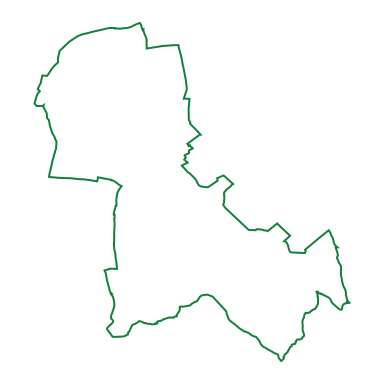 Secuieni, Bacau, Romania
{"feature_id": "2599482B43684925441609", "entity_name": "Secuieni", "entity_type": "district", "adm_level": 2, "iso_a3": "ROU", "parent_name": "Romania", "parent_adm1": "Bacau", "projection": "robinson", "projection_center": [27.105, 46.648], "detail": "fine", "context": "isolated", "style": "outline", "palette": "green", "viewbox_px": 384, "rotation_deg": 0, "n_neighbors": 0, "source": "geoboundaries", "source_scale": "gbopen_adm2", "svg_char_len": 5991}
<svg xmlns="http://www.w3.org/2000/svg" viewBox="0 0 384 384"><path d="M281.2,361.0L283.3,359.2L283.7,358.7L283.9,358.2L283.6,357.3L283.6,356.9L284.3,356.2L284.3,355.1L284.9,354.4L285.7,354.0L286.2,353.3L287.5,352.3L287.6,351.7L289.4,348.8L289.5,348.0L290.5,346.9L291.6,346.3L291.5,345.3L291.8,344.8L292.1,344.5L293.4,344.2L294.1,344.2L295.2,343.8L295.4,343.4L295.4,342.5L296.1,341.6L296.1,340.9L296.8,339.9L297.3,339.6L298.7,339.6L300.8,339.2L302.1,338.4L302.4,337.2L303.6,336.5L304.0,335.9L304.1,335.0L303.7,333.4L302.7,330.6L302.6,329.8L302.6,327.6L302.8,326.4L302.4,322.4L302.6,320.7L303.2,318.8L304.1,317.2L304.1,315.9L304.4,314.9L305.6,312.9L307.2,313.0L309.8,312.4L310.7,311.3L311.8,310.7L312.6,309.9L313.8,309.5L314.7,308.9L315.1,309.0L317.2,305.7L318.0,303.4L318.1,298.9L317.9,296.7L317.5,296.6L317.5,295.3L317.6,295.2L317.5,294.4L316.6,291.7L317.1,291.6L318.1,291.9L318.3,292.5L318.1,292.6L318.3,293.0L318.6,293.0L321.2,294.3L321.8,294.4L321.7,294.0L328.6,297.5L329.5,298.2L330.5,299.5L331.7,302.2L332.4,303.2L338.8,308.8L340.2,309.7L341.1,309.7L341.6,309.5L341.9,309.1L342.7,305.5L343.1,304.8L343.8,304.1L345.2,303.5L347.7,302.9L349.2,303.0L349.5,302.8L348.9,302.3L346.9,301.7L347.0,301.5L347.9,301.3L346.8,298.7L346.3,296.1L345.9,295.3L345.8,294.6L346.0,293.2L345.4,290.1L343.1,285.4L342.8,283.6L342.2,282.3L342.1,280.6L340.9,274.7L341.0,266.2L339.9,264.1L338.8,262.5L337.9,259.7L336.9,258.1L337.2,256.7L337.9,255.4L337.5,253.1L335.7,247.6L337.6,247.4L335.4,245.6L334.4,244.0L333.8,242.3L333.3,239.5L332.7,237.8L331.0,234.9L330.4,232.9L328.7,230.3L320.2,237.1L305.1,249.7L305.7,250.9L304.9,253.0L292.1,252.5L290.8,252.3L290.2,251.9L289.5,250.8L288.5,247.8L287.9,245.2L287.5,244.0L285.9,241.9L284.1,241.2L290.1,235.7L280.5,226.8L277.2,223.5L268.5,230.4L267.7,231.2L265.7,230.4L264.1,230.5L262.9,229.8L258.1,229.2L256.5,229.2L256.2,229.4L255.7,230.2L249.2,230.0L248.5,229.7L247.0,228.3L225.4,208.0L224.5,206.8L223.5,205.3L223.2,204.6L223.9,203.1L224.3,199.0L224.3,195.9L224.0,194.8L224.1,194.1L224.1,192.4L225.4,191.1L225.8,190.2L230.1,186.7L232.1,184.6L233.1,184.0L224.8,176.5L223.6,175.5L223.2,175.6L218.7,177.6L217.2,178.1L217.6,180.7L208.2,187.1L205.8,187.2L201.2,186.5L199.0,185.4L198.0,184.0L195.7,179.4L190.0,173.6L188.9,172.8L187.9,172.3L182.2,166.0L182.1,165.7L181.9,165.6L182.2,165.3L187.7,162.7L187.1,161.9L186.5,162.0L184.8,159.8L184.3,159.6L185.0,158.4L185.7,157.9L185.8,157.6L184.6,155.5L184.9,155.1L185.9,154.5L188.8,153.3L189.1,152.9L188.8,151.2L188.9,150.5L192.7,148.4L191.4,147.0L190.5,146.6L189.9,145.2L189.6,145.1L188.6,145.9L187.9,144.7L187.7,144.0L187.4,143.8L199.4,135.0L199.9,134.8L200.6,134.7L194.5,128.2L190.0,123.7L190.4,122.8L189.4,120.7L188.9,120.2L188.6,109.0L189.5,98.9L185.1,98.6L183.8,98.7L186.6,90.0L186.8,88.8L186.7,87.3L185.7,79.3L183.1,66.0L182.9,65.6L182.5,63.4L181.8,59.1L180.9,55.3L178.9,47.9L178.4,45.1L173.1,45.2L162.7,46.0L146.8,48.5L146.5,41.7L146.8,41.1L146.8,40.5L146.5,40.1L146.5,38.8L146.2,37.9L144.8,34.8L143.7,31.4L143.0,30.6L143.5,29.7L143.5,29.0L142.4,29.2L141.3,26.2L141.2,25.4L140.5,23.8L139.9,23.0L137.4,23.8L134.5,25.1L131.6,26.6L128.1,27.8L126.7,28.1L124.5,28.1L119.9,28.8L118.4,28.5L115.8,28.4L115.0,28.6L115.0,28.1L113.7,27.9L108.6,28.1L91.2,32.1L87.5,33.2L82.6,34.2L77.4,36.3L69.2,41.8L59.7,50.8L57.9,58.6L58.1,62.4L54.6,65.5L52.0,68.6L48.3,74.2L47.1,75.9L42.3,75.5L40.8,82.7L37.7,89.1L38.3,89.7L39.1,90.3L39.8,91.2L39.2,92.1L38.7,92.2L38.3,92.6L37.4,94.4L36.7,95.9L34.5,103.5L36.5,105.9L40.8,106.1L43.1,105.6L43.5,105.3L43.3,105.9L43.4,106.5L44.1,108.7L45.6,111.0L46.8,113.4L46.8,114.7L47.0,115.3L46.9,117.6L47.3,118.4L48.7,119.8L48.9,120.3L49.6,123.8L49.8,125.5L52.2,132.9L54.3,136.5L55.0,138.3L55.1,139.0L55.6,139.6L56.5,141.8L56.1,148.3L55.6,150.1L54.9,151.7L54.9,152.7L54.1,154.6L53.6,157.1L52.2,161.8L51.9,163.1L51.7,164.9L49.5,173.6L49.2,175.8L49.1,177.0L61.4,178.0L70.1,178.2L80.6,179.3L82.1,179.2L89.2,180.0L97.1,181.4L97.7,179.2L97.9,177.3L111.1,179.8L111.2,180.2L111.5,180.4L111.9,180.5L112.2,180.3L112.8,180.4L114.7,181.4L116.2,182.7L116.8,182.8L118.7,184.6L121.6,186.1L119.1,189.5L117.5,192.7L116.9,195.5L116.3,199.8L116.5,204.6L116.3,205.8L115.8,205.7L115.5,206.6L114.4,210.9L114.0,211.9L113.8,214.0L113.8,214.7L114.6,214.7L114.6,217.1L114.6,218.1L114.3,218.2L114.1,219.5L114.4,220.9L114.6,223.7L114.1,234.8L114.3,235.2L114.2,236.4L114.3,236.9L114.1,238.6L114.2,241.1L114.0,242.0L114.0,246.3L114.3,249.2L115.1,252.5L115.4,254.4L115.7,259.0L116.2,260.9L116.4,262.4L117.0,268.9L110.3,268.7L104.5,270.4L105.8,273.2L106.8,279.3L110.0,291.7L111.9,293.8L111.0,294.2L111.8,295.1L112.9,296.7L113.7,299.4L114.3,303.1L114.3,304.8L114.2,306.6L113.8,308.1L113.1,309.8L112.1,313.3L111.2,315.1L111.1,318.6L112.6,319.9L112.9,320.5L113.1,321.3L112.9,322.1L112.4,322.9L107.3,327.8L107.0,329.3L109.6,332.8L110.7,333.9L111.6,335.5L112.6,336.8L113.2,336.7L114.4,336.9L115.3,336.9L123.1,336.5L124.8,336.1L125.4,335.8L126.6,334.8L127.8,334.7L128.0,334.5L128.1,332.6L128.3,332.2L128.7,332.1L129.4,331.1L132.1,325.3L132.5,324.9L137.0,322.9L138.0,322.2L138.6,321.5L139.1,321.2L140.1,321.2L141.1,321.5L142.8,322.2L144.2,323.2L145.2,323.0L147.8,323.8L149.5,323.8L151.9,324.3L155.1,324.2L155.5,324.1L155.6,323.2L157.1,323.5L157.3,323.4L157.4,323.1L157.2,322.1L157.2,321.7L157.9,321.3L158.8,321.1L160.7,321.0L162.6,319.8L164.2,319.1L168.8,317.6L171.3,317.5L173.5,317.8L174.0,317.0L174.7,316.6L176.8,316.3L176.8,315.1L177.0,314.5L178.8,312.0L179.7,310.0L179.9,308.7L179.6,307.2L179.8,306.8L180.6,306.6L183.6,306.6L190.1,305.4L191.6,303.9L193.9,302.5L197.2,301.0L199.8,297.0L200.8,296.0L201.7,295.5L203.5,295.1L207.2,294.6L212.5,296.5L225.3,310.3L226.3,311.6L226.8,314.3L227.5,315.9L228.3,318.4L229.3,320.0L231.8,322.2L234.8,324.3L239.4,328.3L243.1,330.6L243.9,331.3L245.3,331.5L248.4,332.9L249.7,333.7L250.2,334.3L252.8,335.9L256.1,337.0L259.2,340.6L260.7,344.0L262.6,346.2L263.3,346.8L265.4,347.8L268.0,349.5L269.5,350.2L274.2,353.0L276.3,353.8L278.0,354.7L278.9,358.3L281.2,361.0Z" fill="none" stroke="#15803d" stroke-width="2"/></svg>